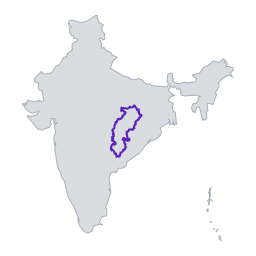 India, with Chhattisgarh highlighted
{"feature_id": "IND-3260", "entity_name": "Chhattisgarh", "entity_type": "State", "adm_level": 1, "iso_a3": "IND", "parent_name": "India", "parent_adm1": "", "projection": "albers", "projection_center": [82.048, 20.958], "detail": "fine", "context": "in_parent", "style": "outline", "palette": "violet", "viewbox_px": 256, "rotation_deg": 0, "n_neighbors": 0, "source": "natural_earth", "source_scale": "10m", "svg_char_len": 8856}
<svg xmlns="http://www.w3.org/2000/svg" viewBox="0 0 256 256"><path d="M22.6,103.5L26.7,103.0L27.4,100.2L34.8,102.0L39.9,100.4L41.5,101.9L44.0,100.8L41.8,90.4L39.0,89.9L38.0,88.2L38.7,83.5L34.2,81.2L34.7,78.2L41.4,71.5L44.0,74.2L51.8,72.7L55.5,66.7L59.6,64.7L63.4,57.7L66.5,56.6L67.3,53.9L72.6,49.5L71.9,48.2L72.4,43.3L77.8,40.4L77.3,39.1L73.5,38.0L73.5,35.9L71.3,35.7L71.1,34.0L69.1,32.3L70.2,29.9L69.1,28.2L71.1,26.5L68.7,25.4L69.3,24.1L68.1,23.0L69.4,20.9L71.7,20.1L81.2,22.6L87.3,21.0L95.7,15.4L97.3,15.5L97.1,17.3L99.1,22.4L103.4,24.8L101.7,27.0L102.1,31.1L104.4,33.7L104.9,38.9L102.8,40.0L101.3,38.1L99.1,38.7L101.4,43.1L101.4,48.1L103.9,47.6L106.6,50.8L111.1,52.5L111.4,54.3L117.1,57.5L112.8,60.9L110.4,68.1L123.0,75.8L128.9,77.3L129.3,78.6L133.3,79.7L139.1,78.7L142.8,80.2L143.4,82.2L147.4,84.5L149.7,83.7L151.4,85.6L167.3,86.9L168.4,84.1L167.0,80.9L167.9,74.3L171.0,73.1L172.6,73.7L172.4,77.6L173.5,79.2L172.4,80.3L175.5,83.1L180.0,83.8L184.1,82.1L187.0,82.9L196.0,81.7L196.4,78.2L192.7,76.2L192.9,74.6L199.4,73.3L204.0,67.0L207.5,65.9L213.3,60.8L218.9,62.6L223.1,58.9L225.5,60.3L224.0,61.8L224.2,63.0L226.2,61.8L227.5,64.0L225.6,67.0L227.8,66.4L233.1,67.8L233.4,70.0L230.4,73.1L232.4,76.7L229.6,75.3L225.8,76.2L218.6,82.1L219.0,86.5L215.5,92.6L216.5,94.7L213.0,104.4L207.1,103.3L207.9,110.7L206.5,111.7L206.8,118.1L205.1,120.1L203.7,119.1L202.7,120.4L199.4,106.9L197.0,107.0L195.1,112.8L193.6,111.1L192.8,111.9L191.5,108.2L192.7,104.0L196.4,103.0L197.9,101.2L198.6,97.3L200.3,96.7L197.2,95.1L185.5,95.9L181.0,95.0L180.7,89.8L179.5,87.7L178.7,89.4L177.4,89.5L174.7,86.3L173.4,87.7L170.0,85.3L170.6,86.8L168.1,90.8L174.6,95.6L171.0,96.3L168.1,100.9L173.3,103.5L172.3,108.4L173.6,111.7L175.2,112.2L176.6,124.4L175.1,123.8L174.4,125.1L173.4,120.8L173.1,124.5L170.9,123.8L169.7,124.9L170.1,120.8L168.1,119.0L169.8,120.9L168.3,123.4L162.1,126.2L160.4,128.4L161.4,132.7L159.8,135.8L157.0,138.4L156.0,138.0L155.9,139.3L151.1,141.0L150.5,139.5L148.6,140.6L148.1,141.9L150.1,141.6L145.1,145.7L140.1,152.5L126.8,162.1L126.0,166.4L122.2,168.3L118.5,168.2L116.1,172.8L113.6,171.7L110.8,173.2L108.9,178.2L110.7,190.9L109.6,189.1L108.8,189.9L111.0,191.9L105.6,208.1L106.9,209.1L106.7,216.0L102.5,216.4L99.4,221.8L100.0,223.7L103.1,224.8L99.7,224.2L95.1,225.4L93.2,227.0L92.1,231.0L87.6,233.3L84.0,231.3L80.0,226.5L78.3,222.2L77.8,218.4L79.4,221.5L78.6,218.5L74.0,206.9L68.3,197.1L64.5,181.5L61.4,176.7L60.7,172.0L59.6,171.6L57.3,165.4L54.7,147.8L55.9,144.8L55.7,143.7L54.5,145.1L54.3,144.2L54.5,142.5L55.8,142.7L54.4,141.9L53.7,138.1L55.8,131.5L54.1,125.8L54.9,125.0L54.0,125.0L57.9,122.9L53.6,123.1L54.9,121.0L53.6,120.9L53.9,119.4L55.8,118.9L51.2,118.4L51.8,119.9L49.9,121.9L51.4,124.3L49.4,127.2L41.8,130.1L37.8,129.0L27.4,116.5L28.1,115.4L29.7,116.7L36.5,114.9L39.2,111.0L32.9,113.2L29.8,112.2L25.6,109.1L24.2,105.9L27.1,103.9L22.9,105.6L22.6,103.5ZM209.3,203.7L207.7,201.1L209.5,198.2L209.4,189.2L210.9,187.6L209.9,192.4L210.9,195.6L210.0,196.5L209.3,203.7ZM220.5,236.8L220.9,240.6L219.3,238.7L220.5,236.8ZM208.1,211.5L207.0,211.7L206.8,210.1L208.0,208.8L208.1,211.5ZM216.5,231.0L216.5,232.1L216.1,231.1L216.5,231.0ZM217.6,229.4L217.3,230.9L217.3,229.3L217.6,229.4ZM219.4,235.6L219.0,236.8L218.7,236.3L219.4,235.6ZM211.3,222.3L210.5,222.4L210.8,221.7L211.3,222.3ZM209.1,204.3L208.4,204.9L208.7,203.9L209.1,204.3ZM211.4,199.6L211.8,200.6L210.9,199.9L211.4,199.6ZM214.4,229.3L213.8,229.2L214.0,228.6L214.4,229.3ZM208.6,192.5L208.4,193.7L208.5,192.4L208.6,192.5Z" fill="#d9dde1" stroke="#a8b0b8" stroke-width="1"/><path d="M132.1,107.4L132.8,107.2L133.0,107.1L133.3,106.7L133.3,106.3L133.7,106.0L133.9,105.6L134.3,105.7L134.7,105.7L135.1,106.0L135.2,106.7L135.4,107.0L135.5,107.2L136.6,108.3L136.8,108.8L136.7,109.1L136.7,109.3L136.9,109.7L137.0,109.9L137.2,110.0L137.6,110.0L138.2,110.2L138.2,109.8L138.2,109.7L138.6,109.5L138.8,109.9L138.9,110.1L138.4,110.9L138.4,111.6L138.4,111.8L138.5,111.8L138.7,111.6L138.8,111.6L139.0,111.8L139.1,112.2L139.0,112.8L139.0,113.2L139.0,113.5L139.5,114.0L139.7,114.7L139.8,114.7L140.0,114.5L140.4,114.7L140.9,114.6L141.2,114.8L141.3,114.9L141.3,115.1L141.4,115.4L141.5,115.6L141.3,115.8L140.8,116.3L140.5,116.4L140.3,117.1L139.7,117.5L139.3,117.6L139.1,117.8L138.8,118.0L138.6,118.5L138.8,118.8L138.9,119.2L138.8,119.4L138.6,119.7L138.4,119.8L137.7,119.9L136.8,120.7L136.1,121.0L135.6,121.7L135.6,121.9L135.7,122.1L135.7,122.3L135.4,122.5L135.3,123.0L135.7,123.4L135.7,123.7L135.7,123.9L135.7,124.1L135.4,124.1L135.3,124.4L135.1,124.3L134.9,124.8L134.1,126.1L134.0,126.8L134.0,127.1L134.3,127.5L134.4,127.9L134.4,128.1L134.2,128.1L133.8,127.9L133.6,127.9L133.5,128.1L133.5,128.5L133.2,128.8L133.0,129.4L132.8,129.7L132.6,129.8L132.1,129.9L131.8,129.7L131.6,129.6L131.5,129.4L131.3,129.4L130.2,129.5L129.7,129.5L129.0,129.6L128.9,129.7L128.9,130.0L128.6,130.6L128.3,131.2L128.2,131.3L127.9,131.4L127.5,132.0L127.2,132.2L127.1,131.9L126.8,131.8L126.7,131.8L126.6,132.8L126.8,133.5L126.6,134.5L126.8,134.8L127.0,135.2L127.2,136.2L127.3,136.5L127.3,137.5L127.2,138.1L127.2,138.3L127.6,138.5L127.8,138.7L128.3,138.7L128.7,138.9L129.0,138.8L129.3,138.8L129.3,139.1L129.2,139.7L129.4,140.0L128.9,140.4L128.5,140.7L128.4,140.7L128.4,140.1L128.0,140.0L127.6,139.9L126.8,139.8L126.6,139.9L126.4,140.2L126.4,140.3L126.2,140.2L125.7,139.1L125.3,139.0L125.2,138.8L124.7,138.4L124.4,138.7L124.2,138.8L124.1,138.5L123.8,138.1L123.6,138.0L123.3,138.4L123.1,138.5L122.7,139.1L122.6,139.3L122.7,139.5L122.9,139.7L123.5,140.1L123.8,140.5L124.2,140.6L124.3,140.7L124.3,141.3L124.4,141.8L124.3,142.1L124.3,142.8L124.6,142.9L124.9,143.3L125.2,143.5L125.3,143.6L125.3,143.8L125.1,144.0L125.4,144.3L125.2,144.8L125.2,145.1L125.3,145.5L125.3,145.9L125.5,146.1L125.6,146.4L125.8,146.8L125.8,147.5L125.5,147.7L125.3,147.9L125.2,148.6L125.1,148.9L124.8,148.7L124.6,149.1L124.4,149.2L124.0,149.3L123.8,149.4L123.6,149.7L123.3,149.8L123.4,150.0L123.6,150.1L123.7,150.4L123.2,150.7L122.9,151.1L122.5,151.4L122.0,152.1L121.6,152.3L121.3,152.6L121.0,152.7L120.6,152.7L120.6,152.8L120.3,153.3L120.4,153.6L120.3,154.2L120.1,154.5L120.1,154.9L120.0,155.2L119.9,155.5L119.8,155.9L119.7,155.9L119.4,155.8L119.4,156.2L119.4,156.4L118.3,156.5L117.6,156.2L116.7,156.7L116.4,156.4L116.3,156.2L116.3,155.2L116.0,154.6L115.9,154.3L115.9,154.2L116.1,153.8L116.1,153.7L115.9,153.6L115.5,153.8L115.3,153.6L115.3,153.2L115.1,153.1L114.9,153.5L114.5,153.5L114.4,153.4L114.4,153.2L114.7,153.0L114.7,152.9L114.5,152.5L114.2,151.7L113.9,151.2L113.3,150.5L112.7,150.0L112.4,150.0L111.9,150.1L111.8,149.9L111.7,149.9L111.5,150.1L111.3,149.7L111.2,149.4L111.2,149.2L110.9,149.1L110.8,148.9L110.9,148.6L111.4,148.3L111.5,148.2L111.0,147.4L110.9,147.2L111.1,146.7L111.5,146.2L111.7,145.9L112.0,144.8L112.3,144.6L112.6,144.2L112.8,144.1L113.1,143.7L113.3,143.7L113.4,143.8L113.5,144.1L113.6,144.3L114.1,144.3L114.4,144.7L114.7,144.4L115.2,144.2L115.0,143.7L115.5,143.5L115.6,143.3L115.7,143.1L115.6,142.8L115.3,142.5L115.0,142.4L114.7,142.2L114.2,142.0L114.1,141.8L114.1,141.4L113.3,141.0L113.0,140.3L112.9,140.3L112.7,140.3L112.6,140.5L112.2,140.6L112.1,140.3L112.5,140.2L112.6,139.8L112.2,139.7L112.3,139.3L112.8,139.4L113.0,139.4L113.2,138.4L113.0,137.7L112.1,137.6L112.2,137.2L112.2,136.9L112.3,136.8L113.0,136.6L113.4,136.3L113.7,136.2L113.6,135.6L113.6,135.1L113.8,134.7L113.7,134.5L113.7,134.0L113.7,133.9L113.3,133.9L112.9,134.1L112.8,133.8L112.9,133.6L113.3,133.4L113.4,133.2L113.2,132.5L113.2,131.4L112.8,131.3L112.6,131.3L112.5,131.1L112.3,130.8L112.5,129.7L112.7,129.4L113.2,129.1L113.8,128.8L114.1,128.5L114.2,128.4L114.2,128.0L114.5,127.0L114.5,126.1L114.6,125.0L114.7,124.8L114.8,124.7L115.0,124.7L115.3,124.3L115.4,124.0L115.4,123.1L115.9,122.1L116.0,122.0L116.3,122.0L116.5,122.3L116.7,122.1L116.5,121.8L116.8,121.7L116.9,121.1L117.0,120.9L117.3,120.7L117.5,120.4L117.6,119.6L117.6,119.4L117.9,119.0L118.0,118.9L118.2,119.1L118.4,119.2L118.7,119.0L119.0,118.9L119.3,118.8L119.5,118.9L119.6,119.2L119.7,119.3L120.0,119.2L120.7,118.6L121.1,118.5L121.4,118.4L121.5,118.0L121.6,117.9L122.0,117.6L122.3,117.5L122.3,117.0L122.5,116.8L122.4,116.1L122.5,115.9L123.1,115.7L123.6,115.2L123.6,114.6L123.7,114.4L123.8,114.3L124.2,114.2L124.6,114.0L124.7,113.9L125.0,114.0L125.1,113.9L125.2,113.6L125.3,113.1L125.5,112.4L125.4,112.3L125.3,112.1L125.0,111.9L124.8,111.8L124.4,111.8L124.3,111.6L124.0,111.5L123.5,110.8L123.4,110.7L123.0,110.7L122.3,110.4L122.2,110.4L121.5,110.8L121.4,110.9L121.1,110.3L121.2,110.0L121.3,109.7L121.5,109.6L121.8,109.2L121.4,108.3L121.3,108.1L121.3,107.9L121.4,107.7L121.7,107.7L122.2,108.1L122.4,108.3L122.7,108.4L122.9,108.4L123.6,108.0L124.1,108.0L124.6,108.3L125.6,108.3L126.0,108.5L127.1,108.5L127.7,108.6L128.0,108.5L128.2,108.3L128.8,108.0L128.9,107.7L129.0,107.6L129.7,107.3L129.8,107.2L129.8,106.9L129.9,106.7L130.2,106.8L130.6,107.2L130.9,107.4L131.1,107.4L131.7,107.4L132.1,107.4Z" fill="none" stroke="#5b21b6" stroke-width="2"/></svg>